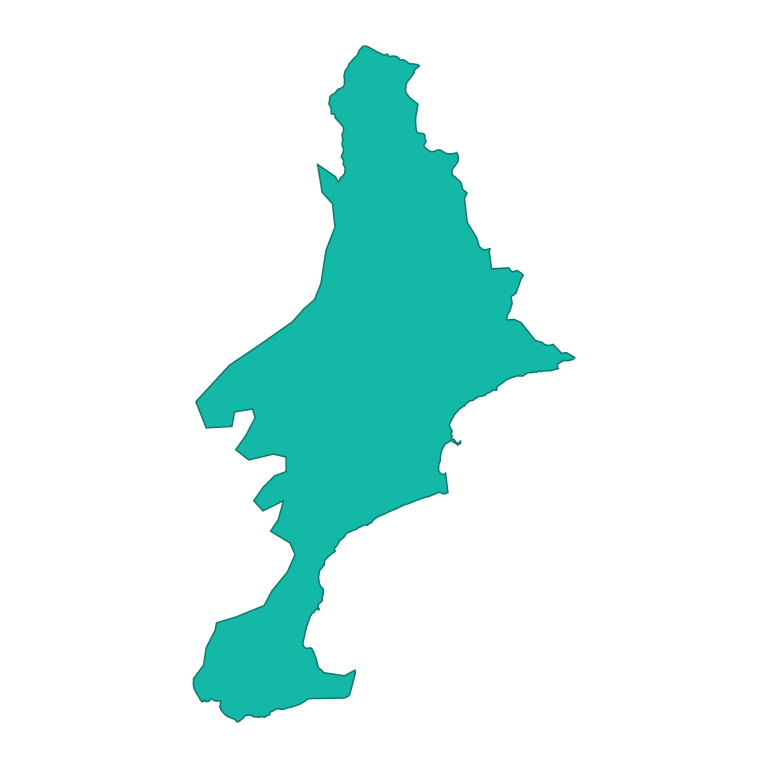 outline of Sekondi Takoradi Metropolis, Western, Ghana
{"feature_id": "2480657B3368374944964", "entity_name": "Sekondi Takoradi Metropolis", "entity_type": "district", "adm_level": 2, "iso_a3": "GHA", "parent_name": "Ghana", "parent_adm1": "Western", "projection": "robinson", "projection_center": [-1.732, 4.961], "detail": "fine", "context": "isolated", "style": "filled", "palette": "teal", "viewbox_px": 768, "rotation_deg": 0, "n_neighbors": 0, "source": "geoboundaries", "source_scale": "gbopen_adm2", "svg_char_len": 6076}
<svg xmlns="http://www.w3.org/2000/svg" viewBox="0 0 768 768"><path d="M419.4,65.7L417.3,64.5L413.3,63.9L410.6,64.0L408.9,63.4L404.7,60.3L403.0,59.7L400.0,60.0L398.4,57.7L396.1,56.4L393.7,56.0L391.4,56.2L390.3,56.7L389.3,56.4L387.3,54.2L386.3,54.3L385.1,55.1L384.2,55.2L375.9,51.2L368.3,46.9L366.2,46.2L364.7,46.1L363.2,46.1L360.1,49.2L359.2,50.5L357.2,55.3L354.3,57.9L348.8,64.3L348.3,66.2L347.0,68.5L345.0,71.2L344.0,75.8L344.5,79.8L344.4,84.3L343.8,86.1L341.5,88.0L338.7,88.9L337.3,90.0L334.7,93.4L332.1,94.7L330.3,96.2L329.6,98.5L329.6,100.5L328.9,103.0L329.1,104.3L330.9,107.7L331.3,113.0L331.8,114.2L334.0,113.9L334.9,114.8L335.1,115.7L334.9,117.1L335.8,118.6L339.1,122.0L343.3,127.1L343.6,129.9L343.3,132.0L342.0,134.3L342.8,140.7L342.0,143.6L342.3,146.0L343.4,148.2L343.5,150.5L342.6,153.8L341.8,154.9L341.4,156.4L341.4,157.3L343.5,160.2L343.7,161.0L343.1,164.1L344.9,167.1L345.2,169.9L344.3,174.2L343.4,174.9L342.2,176.5L340.3,178.0L339.4,180.8L338.2,182.0L335.4,176.6L317.6,164.5L322.1,192.2L332.5,203.8L335.0,227.1L326.0,250.4L320.9,283.8L314.4,299.8L304.1,308.6L292.5,321.7L261.6,343.5L229.4,365.3L195.9,401.7L206.2,427.9L231.9,426.4L234.5,411.9L252.6,409.0L255.1,417.7L246.1,435.2L235.8,449.7L248.7,459.9L273.2,454.1L286.1,457.0L286.1,471.6L274.5,475.9L262.9,487.6L253.8,500.7L262.9,510.9L283.5,500.7L278.3,519.6L270.6,531.2L289.9,542.9L295.1,554.5L287.4,572.0L271.9,590.9L264.2,605.5L235.8,617.1L216.5,622.9L215.2,630.2L206.2,647.7L203.6,665.1L193.6,678.6L193.4,679.0L193.6,680.4L193.3,684.0L194.0,688.2L196.7,693.8L198.4,696.1L200.3,699.7L201.5,701.2L202.3,701.9L203.4,701.5L203.6,700.6L204.1,700.2L204.6,700.9L206.1,701.6L209.3,701.1L210.1,699.3L211.1,698.7L212.1,699.5L212.5,699.5L215.2,701.0L216.5,701.1L220.7,700.8L220.5,701.6L220.7,702.4L220.3,702.9L220.5,703.2L220.3,705.5L219.7,706.3L220.1,707.6L221.0,708.0L220.7,708.8L221.1,710.2L225.0,714.6L226.7,715.9L228.3,716.8L235.4,719.6L236.3,721.3L237.1,721.8L237.8,721.9L238.9,721.1L239.2,721.3L243.0,718.2L244.9,715.9L246.8,715.3L247.2,715.5L247.6,715.1L249.8,715.2L250.4,715.0L254.1,716.9L256.6,716.8L257.4,717.2L259.7,717.2L260.0,716.9L262.3,716.8L265.1,717.2L267.2,715.5L269.5,714.8L269.8,714.0L269.8,712.5L270.7,711.8L272.6,711.1L275.1,709.6L278.1,708.7L279.6,709.1L280.1,709.0L280.5,709.3L284.0,709.3L285.7,708.3L286.9,707.9L287.2,708.2L289.2,707.5L289.6,707.2L290.4,707.0L290.8,707.3L291.1,707.0L291.9,707.0L294.4,705.9L294.7,706.1L295.4,705.7L299.9,704.2L305.0,701.1L307.2,699.4L309.6,698.6L343.4,698.0L345.7,697.6L348.5,696.0L349.8,694.2L355.2,673.8L355.0,670.2L344.4,675.8L324.0,672.7L322.7,671.6L322.0,670.5L319.4,668.5L318.4,667.3L318.0,666.0L317.2,664.9L317.3,663.3L315.8,657.5L314.4,654.7L314.4,654.0L313.8,652.4L311.9,648.7L310.2,647.8L307.5,648.3L305.6,648.2L304.1,646.8L302.6,643.5L303.3,641.6L303.3,640.4L304.6,636.0L304.7,634.5L305.4,631.2L306.0,630.0L306.7,626.4L308.9,620.1L309.5,619.2L309.4,618.4L310.4,616.2L312.2,613.1L313.1,613.1L313.8,612.5L315.6,609.5L317.4,608.9L318.6,610.0L319.3,609.1L318.3,607.6L317.9,606.0L318.4,605.5L318.6,604.0L321.6,601.5L322.2,600.3L322.4,598.8L321.9,598.3L323.4,593.5L323.3,589.2L322.0,587.6L320.6,586.5L319.8,584.4L319.0,582.0L319.1,580.4L318.6,579.9L318.6,576.5L319.5,570.9L324.1,565.1L324.7,560.3L327.7,557.1L328.8,556.4L329.6,555.3L331.0,554.4L331.7,553.5L334.7,551.9L335.3,550.8L334.3,550.4L334.3,549.3L334.7,548.2L337.7,544.5L338.3,543.1L339.5,541.7L339.3,540.3L340.9,539.9L344.1,537.0L346.1,533.8L348.7,532.0L349.6,532.1L350.4,531.4L351.0,531.4L351.5,530.7L352.3,530.8L353.1,530.3L356.9,529.0L357.2,528.4L364.6,524.8L365.3,524.8L366.3,525.4L367.3,525.3L368.0,524.8L368.3,524.1L370.0,523.4L371.4,522.5L373.6,519.8L377.2,517.0L385.2,513.6L389.4,511.5L395.3,509.2L404.7,504.6L408.1,503.8L416.2,500.5L425.7,497.1L428.0,496.9L439.0,492.2L441.1,492.7L443.3,493.8L445.0,493.9L447.5,492.4L447.9,492.5L445.6,473.1L444.5,474.1L443.0,474.7L440.8,473.7L439.8,472.8L439.6,471.8L438.5,470.8L438.7,465.7L439.3,462.5L440.1,461.4L440.5,459.8L440.3,457.5L441.5,450.8L444.1,445.6L445.8,443.3L446.5,443.4L449.1,441.8L449.8,440.8L451.7,441.1L455.7,443.3L457.7,445.1L459.2,444.4L460.6,443.0L460.6,441.0L460.3,441.0L458.9,443.4L455.7,442.4L455.0,440.7L453.9,439.3L451.4,438.7L451.1,437.7L452.4,436.1L450.9,434.1L451.2,432.1L452.2,431.9L451.8,430.1L450.9,429.0L450.4,427.5L449.1,425.5L450.9,421.2L455.2,413.5L457.2,411.8L459.6,408.7L462.0,407.3L463.8,405.9L464.7,406.0L466.0,403.7L468.7,401.6L470.5,400.7L473.0,400.4L474.8,398.5L475.8,398.7L476.6,397.8L478.8,396.4L481.1,396.4L485.5,394.9L487.1,393.1L489.2,392.7L494.0,389.6L496.0,390.5L496.6,390.3L496.9,388.9L496.7,387.7L497.7,386.2L501.3,383.8L506.3,379.9L512.7,377.1L513.9,377.1L517.6,375.7L518.6,375.7L519.4,376.1L522.8,376.0L523.9,375.5L524.5,374.7L527.9,372.7L532.4,372.6L533.5,372.1L535.3,372.0L536.9,372.3L538.9,370.6L540.1,371.5L541.7,371.4L542.6,371.0L552.0,370.5L553.5,369.8L556.4,369.2L558.3,368.5L557.6,367.5L557.4,365.5L557.5,364.1L563.6,360.5L568.0,360.7L572.6,359.6L574.7,357.6L566.6,352.7L561.5,353.2L553.1,344.3L550.0,345.4L546.9,345.2L544.2,344.3L542.5,342.5L535.2,340.4L521.0,322.5L514.2,319.4L514.0,319.6L512.0,319.5L508.7,319.9L506.6,319.7L507.6,314.6L509.6,311.5L512.2,303.7L511.5,299.0L510.7,296.7L513.9,294.9L516.0,293.0L520.9,279.4L523.3,275.2L521.0,273.0L517.2,270.4L512.9,271.9L511.4,271.3L508.7,267.9L491.5,268.8L489.3,251.6L490.0,248.7L485.4,249.8L483.1,249.6L479.4,246.7L477.7,241.6L477.3,239.4L476.4,237.2L467.3,222.6L464.5,198.6L467.0,193.0L462.5,189.1L461.3,183.4L460.6,181.9L452.1,174.5L452.0,171.4L452.5,169.2L457.0,163.1L458.1,161.0L458.3,157.1L457.5,153.9L456.4,152.5L455.2,153.3L449.0,153.9L445.5,153.2L440.9,150.3L439.3,149.9L437.5,150.0L435.0,151.1L432.0,151.8L430.5,151.5L428.8,150.5L425.4,147.9L424.1,146.1L424.0,144.7L425.8,142.4L426.1,141.2L425.0,138.8L424.8,135.0L424.2,134.2L422.5,133.5L418.1,133.0L416.9,131.8L416.2,130.0L415.6,122.6L415.7,117.2L418.0,104.4L409.1,97.0L405.9,92.4L405.5,90.6L405.5,88.7L405.9,88.2L406.1,84.6L406.9,82.5L412.7,74.8L413.2,73.6L414.3,72.8L414.5,70.2L416.2,68.5L418.1,67.3L419.4,65.7Z" fill="#14b8a6" stroke="#0f766e" stroke-width="1.5"/></svg>